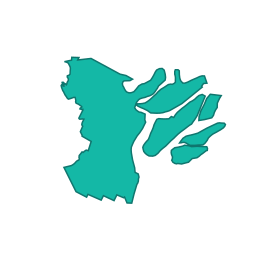 the district of Klang, Selangor, Malaysia, rotated 206°
{"feature_id": "92858781B44508451464311", "entity_name": "Klang", "entity_type": "district", "adm_level": 2, "iso_a3": "MYS", "parent_name": "Malaysia", "parent_adm1": "Selangor", "projection": "robinson", "projection_center": [101.362, 3.039], "detail": "fine", "context": "isolated", "style": "filled", "palette": "teal", "viewbox_px": 256, "rotation_deg": 206, "n_neighbors": 0, "source": "geoboundaries", "source_scale": "gbopen_adm2", "svg_char_len": 4698}
<svg xmlns="http://www.w3.org/2000/svg" viewBox="0 0 256 256"><g transform="rotate(206 128 128)"><path d="M91.7,62.1L93.7,71.5L94.9,78.8L95.3,81.2L95.1,82.7L95.4,84.8L96.3,86.8L96.6,88.7L98.7,91.2L102.1,91.2L103.1,92.7L104.5,95.1L109.8,101.2L114.0,107.0L115.6,109.7L116.6,112.3L116.8,115.5L116.9,118.6L116.3,125.0L115.4,128.9L114.7,133.9L114.7,141.0L116.4,142.6L118.7,148.0L123.3,147.8L124.8,147.2L126.7,147.4L128.6,147.8L130.9,149.1L131.5,153.8L131.5,155.3L130.8,158.2L129.8,159.8L128.0,161.5L126.2,162.9L124.3,165.0L122.6,166.5L121.2,168.3L120.2,170.0L119.7,172.1L119.0,176.8L119.0,179.1L117.6,182.4L115.6,187.4L116.4,189.9L118.1,192.6L119.7,194.5L120.9,195.9L123.4,196.5L125.8,195.1L127.7,192.6L128.0,190.3L128.0,187.0L128.2,183.9L128.6,180.8L131.1,177.3L132.8,175.0L134.7,173.7L136.8,170.6L137.8,166.1L138.6,163.2L140.2,161.5L141.2,160.7L142.6,160.0L145.0,159.8L146.5,160.4L148.2,161.5L149.9,162.9L151.3,163.8L152.5,165.4L152.8,167.5L152.1,168.7L147.0,171.4L145.3,173.9L152.8,174.3L158.8,172.9L191.7,174.3L203.0,167.1L203.0,169.8L209.5,166.9L208.5,164.2L214.2,159.8L212.3,160.2L211.5,160.2L210.5,160.2L209.8,159.9L209.7,159.8L206.8,157.6L205.9,156.3L204.9,153.8L203.7,151.1L204.2,149.5L205.4,148.4L205.0,147.2L203.2,146.1L202.5,144.5L202.7,142.6L202.3,140.6L202.3,139.8L202.9,139.9L203.5,140.3L203.9,140.0L204.2,139.6L204.6,139.7L204.9,140.2L205.5,140.5L206.1,140.7L206.6,140.6L207.2,140.1L206.2,139.1L205.0,138.5L203.9,137.7L204.6,137.2L205.7,138.0L206.5,138.0L206.7,136.9L205.7,135.6L204.7,134.6L203.0,133.0L201.6,132.2L200.8,131.5L199.0,130.1L197.1,129.1L195.7,128.2L194.3,127.8L193.2,128.7L192.3,129.6L191.0,130.9L190.1,131.8L188.9,132.3L186.9,129.8L186.6,128.6L185.6,127.6L184.2,127.6L183.0,127.7L180.8,127.3L179.0,127.0L178.7,126.1L179.6,125.1L179.6,124.1L177.5,124.4L176.8,125.0L176.4,124.4L176.5,115.3L175.5,114.7L174.3,115.3L173.2,116.0L171.5,116.6L171.5,113.1L171.3,111.8L170.9,110.6L169.5,109.7L169.2,103.8L166.1,101.4L165.7,100.5L155.2,99.8L153.8,90.2L155.9,89.8L156.9,88.1L157.6,86.4L158.8,86.4L159.3,84.0L159.8,81.9L159.1,80.0L158.1,78.8L158.3,77.3L159.1,76.7L159.8,75.2L160.5,72.7L161.3,71.1L162.4,69.4L168.3,64.5L146.8,48.0L134.9,47.7L134.9,50.8L120.5,51.4L120.4,56.4L108.7,56.6L108.7,63.0L101.3,63.4L100.8,64.4L96.0,60.2L91.7,62.1ZM78.4,188.4L79.6,185.9L80.6,183.1L81.9,180.8L83.8,178.3L85.4,174.6L86.7,171.9L87.9,169.6L89.1,166.9L90.5,163.6L91.2,160.7L91.3,159.4L91.5,157.5L94.1,157.3L95.3,154.2L97.1,153.2L99.4,152.0L101.9,150.9L104.5,149.9L105.9,148.4L106.0,145.5L106.0,142.4L105.5,139.3L105.3,136.4L105.3,133.3L104.8,128.9L104.7,126.5L105.5,124.0L106.0,121.9L106.4,119.2L106.2,117.1L105.0,115.5L103.5,113.8L101.4,112.8L99.5,112.3L96.8,112.1L93.4,113.6L91.5,115.3L90.0,118.4L89.1,121.9L87.9,124.8L86.2,128.3L84.9,132.1L83.8,135.4L82.3,138.9L81.6,141.0L80.4,144.3L79.0,147.4L77.5,150.3L76.3,152.6L74.9,155.5L73.8,157.6L72.6,159.4L72.2,162.3L71.7,165.0L71.4,167.9L71.2,170.2L71.4,171.9L72.6,190.5L76.0,190.7L78.4,188.4ZM114.2,151.5L108.9,153.8L106.0,155.3L103.3,157.1L101.6,158.8L99.9,160.2L98.2,161.9L95.4,166.0L90.3,173.5L79.2,197.3L80.2,197.8L79.9,199.4L79.6,201.1L76.7,202.9L82.1,208.3L84.3,207.3L86.2,205.6L88.1,203.2L90.1,200.9L91.9,198.8L94.4,195.5L96.6,193.2L98.5,192.4L101.4,193.6L103.3,195.5L105.2,198.4L107.0,201.9L108.6,202.3L111.0,201.1L110.8,199.4L109.6,196.9L108.4,195.5L107.4,194.0L105.5,189.9L106.0,188.4L107.4,186.6L108.8,186.2L110.8,184.7L111.8,183.0L113.2,180.6L115.4,177.2L116.8,173.9L117.6,171.0L118.7,168.3L120.7,163.1L122.2,160.2L123.6,158.0L125.8,156.3L127.7,155.1L130.3,153.8L129.9,152.2L128.6,152.0L125.1,152.0L122.9,152.2L121.2,152.2L118.3,152.2L114.2,151.5ZM51.2,144.7L57.9,141.8L62.7,139.1L65.6,138.7L67.9,137.9L69.5,137.4L71.0,135.6L72.6,134.3L74.3,132.9L77.3,130.8L78.4,128.7L79.2,126.9L78.4,124.8L77.3,123.3L75.3,121.5L74.6,119.4L74.6,118.2L72.6,116.9L70.3,116.7L68.6,117.1L67.8,117.9L64.0,119.2L61.8,121.1L58.6,123.8L57.7,126.4L56.9,128.7L54.5,130.4L52.9,131.6L51.7,133.7L50.9,135.8L49.7,137.9L47.8,141.8L46.9,142.6L47.6,144.5L49.0,145.7L51.2,144.7ZM74.8,139.3L75.1,137.2L73.6,138.1L72.2,139.3L70.7,139.9L68.5,139.9L66.4,139.7L64.4,139.7L59.8,142.0L57.4,143.5L55.5,144.5L53.3,145.7L52.2,147.8L51.7,150.1L51.4,151.7L51.4,154.2L50.7,156.3L49.8,158.4L48.8,160.2L46.6,163.2L45.4,165.0L44.2,166.7L42.3,170.0L41.8,172.1L42.0,173.9L43.7,174.5L45.9,173.5L48.1,172.7L49.7,171.6L57.0,162.5L60.8,157.1L62.8,154.2L64.7,152.4L66.2,151.1L68.3,149.3L69.5,148.4L72.2,146.1L74.1,142.8L74.4,141.2L74.8,139.3ZM68.8,194.4L70.2,188.9L69.8,183.1L70.0,175.4L69.1,169.4L67.6,165.8L62.8,169.2L57.2,173.9L56.7,176.8L57.2,179.7L57.2,182.8L56.8,185.5L58.6,189.5L58.7,192.6L58.7,194.9L58.4,198.0L68.8,194.4Z" fill="#14b8a6" stroke="#0f766e" stroke-width="1.5"/></g></svg>